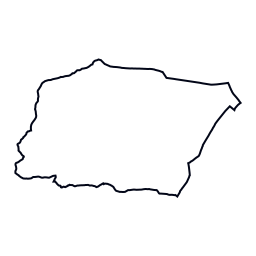 outline of Sura Mica, Sibiu, Romania
{"feature_id": "2599482B27729481581318", "entity_name": "Sura Mica", "entity_type": "district", "adm_level": 2, "iso_a3": "ROU", "parent_name": "Romania", "parent_adm1": "Sibiu", "projection": "albers", "projection_center": [24.025, 45.833], "detail": "fine", "context": "isolated", "style": "outline", "palette": "ink", "viewbox_px": 256, "rotation_deg": 0, "n_neighbors": 0, "source": "geoboundaries", "source_scale": "gbopen_adm2", "svg_char_len": 5622}
<svg xmlns="http://www.w3.org/2000/svg" viewBox="0 0 256 256"><path d="M189.8,175.3L189.6,172.9L188.9,166.9L188.6,165.0L188.4,163.9L188.2,163.2L188.7,163.0L189.3,162.7L190.1,162.3L190.9,161.5L191.4,161.3L192.4,160.7L193.4,160.0L194.3,159.2L196.5,157.5L197.8,156.7L198.9,155.8L199.8,153.8L201.0,150.2L201.7,148.6L202.0,147.8L202.1,147.3L202.4,146.7L202.7,146.2L202.8,145.7L202.8,145.2L205.5,140.6L208.7,135.4L209.2,134.4L210.7,131.8L212.0,129.8L212.3,129.2L212.8,128.3L213.1,127.6L213.8,126.7L214.7,125.0L215.3,123.7L217.6,120.6L225.3,111.0L227.7,108.5L229.8,106.3L234.4,110.1L234.6,109.4L234.9,108.6L235.5,107.7L238.0,104.9L239.6,103.6L240.6,102.9L239.3,101.2L238.5,100.0L236.4,97.4L233.5,94.1L232.8,93.0L232.2,92.1L231.6,90.7L231.3,90.3L231.0,89.5L230.9,89.3L229.8,86.9L229.4,85.7L228.1,82.9L225.6,83.3L216.6,84.4L213.5,84.6L211.2,84.7L202.8,83.4L199.8,82.8L183.7,80.4L176.3,79.3L173.9,78.9L166.5,77.9L162.6,72.0L162.3,72.1L160.2,71.2L158.6,70.7L155.3,69.9L154.4,69.5L152.2,69.1L149.9,68.9L148.2,69.0L139.2,68.6L137.0,68.6L134.6,68.5L133.1,68.5L131.9,68.4L130.6,68.5L125.6,68.2L123.8,68.0L121.9,67.9L120.2,67.5L117.0,67.1L113.6,66.9L112.2,66.7L110.6,66.5L110.2,66.4L109.6,66.2L109.1,65.9L107.0,65.0L105.5,64.3L104.7,64.0L102.5,61.8L101.5,60.8L101.0,60.2L100.7,60.1L98.4,59.5L97.8,59.9L97.0,60.2L96.3,60.4L95.4,60.6L94.7,60.9L94.4,61.1L93.2,62.4L92.9,63.1L92.5,64.3L92.4,64.3L92.2,64.5L91.3,64.7L90.8,65.1L90.1,65.7L88.5,66.9L87.7,67.3L86.6,67.9L86.0,68.0L83.7,68.5L82.0,68.7L81.8,68.8L81.0,69.5L80.5,69.8L79.7,70.2L79.2,70.3L78.3,70.2L77.2,70.3L76.8,70.6L75.7,71.8L74.8,72.5L74.3,73.0L74.2,73.1L73.5,73.3L72.8,73.2L72.5,73.3L72.3,73.4L72.0,73.7L71.7,74.2L71.4,74.3L69.8,75.4L68.9,75.7L68.0,75.9L67.4,75.9L65.7,76.1L64.4,76.4L63.1,76.9L61.5,77.0L61.2,77.0L60.9,76.9L59.5,77.6L57.7,78.2L52.8,79.2L51.5,79.7L50.8,80.0L48.4,80.1L46.1,80.8L44.9,81.2L44.5,81.5L44.0,81.9L42.9,82.6L42.1,83.3L41.3,84.8L40.9,85.8L40.6,86.4L39.8,87.6L39.1,88.8L38.6,89.5L38.2,90.0L37.9,90.4L37.7,91.3L37.7,91.9L38.2,94.2L38.2,95.0L38.4,95.8L38.5,96.4L38.4,96.9L38.1,98.0L38.0,98.5L37.9,99.5L38.0,100.0L37.9,100.9L37.8,101.4L37.6,101.6L37.2,102.1L36.4,103.0L35.7,104.5L35.5,105.4L35.4,107.4L35.3,108.0L35.1,108.7L35.1,109.1L35.1,109.6L35.4,110.0L35.4,110.4L35.5,110.6L35.6,111.0L35.8,112.1L35.8,112.6L36.0,114.4L36.2,115.2L36.2,116.0L36.1,117.0L35.7,118.0L34.7,119.6L33.5,121.2L33.2,121.5L32.5,122.6L32.1,123.1L31.6,124.1L31.3,124.7L30.9,126.7L30.9,128.0L30.9,128.9L31.1,130.5L30.4,130.6L29.4,131.0L28.8,131.4L27.9,131.4L27.7,131.6L27.0,132.3L26.5,132.9L26.4,133.7L26.2,134.2L25.9,134.7L25.3,135.4L24.7,136.0L24.1,136.7L23.4,137.1L23.3,137.3L23.2,137.8L23.0,138.1L21.8,139.2L21.3,139.5L21.0,139.8L20.6,141.2L20.2,142.1L20.0,142.5L19.8,142.7L19.5,142.8L19.0,143.3L17.9,143.8L17.6,144.1L17.5,144.4L17.5,144.8L17.8,145.7L18.3,146.5L18.4,147.0L18.4,147.7L18.5,148.2L18.6,149.3L18.5,150.4L18.7,150.9L19.0,151.1L19.4,151.4L19.6,151.8L20.7,152.8L20.9,153.3L21.2,153.8L22.3,155.3L23.5,156.1L23.8,156.4L23.8,156.7L23.7,157.1L23.2,157.6L22.9,158.3L22.7,159.1L22.3,159.4L20.1,160.7L19.4,161.3L19.2,161.5L18.3,162.0L17.8,162.4L17.3,162.6L16.8,162.7L16.4,162.8L16.0,163.1L15.6,163.7L15.5,164.3L15.5,164.9L16.0,166.5L16.2,167.6L16.3,168.8L16.1,169.7L15.7,170.4L15.4,171.2L15.4,171.7L15.4,173.0L15.6,173.2L16.6,173.9L17.3,174.5L17.8,174.8L18.7,175.3L19.1,175.9L19.5,176.2L21.5,177.6L22.3,177.9L23.1,178.4L23.6,178.5L25.5,178.6L26.6,178.5L27.3,178.7L28.3,178.7L30.8,178.4L31.4,178.2L31.9,177.9L32.4,177.5L33.2,177.0L33.7,177.0L34.9,177.0L35.8,176.9L37.3,176.7L38.0,176.6L38.4,176.6L39.4,176.8L41.5,177.6L42.2,177.7L42.8,177.7L44.0,177.4L44.6,177.3L45.6,177.3L47.3,177.5L48.3,177.7L48.8,177.7L49.2,177.7L53.0,175.9L53.6,175.8L55.5,175.6L55.7,176.4L55.7,177.5L55.5,177.8L55.1,178.3L54.7,179.1L54.1,180.6L53.6,181.6L54.5,181.6L55.3,181.6L55.5,181.9L55.8,182.4L56.4,182.9L56.8,183.5L57.0,183.8L58.1,184.9L58.5,185.3L58.8,185.5L59.1,185.6L60.0,185.6L60.3,185.7L60.6,186.0L60.7,186.4L60.8,186.9L60.9,187.2L61.2,187.4L61.8,187.5L62.0,187.4L62.1,187.2L62.4,187.2L62.6,187.2L62.8,187.0L63.5,186.7L63.9,186.7L64.2,186.8L64.7,187.0L65.1,187.1L65.3,187.1L65.6,186.9L65.9,186.9L66.4,186.5L66.7,186.4L66.9,186.2L67.5,186.1L67.9,185.5L68.1,185.4L68.4,185.3L68.7,185.4L68.9,185.3L69.0,185.1L69.6,184.8L69.8,185.0L72.5,185.1L73.3,185.6L73.6,185.8L74.9,186.3L75.7,186.1L76.9,185.7L77.7,185.5L78.9,185.5L79.4,185.4L81.1,185.3L84.4,185.2L85.6,185.0L86.7,185.0L88.0,184.9L89.0,185.2L89.3,185.4L89.6,185.5L90.4,185.5L91.1,185.4L92.0,185.5L92.5,185.6L92.9,185.7L93.7,186.0L94.2,186.0L95.1,186.3L95.6,186.5L96.3,187.1L96.5,187.1L97.1,186.9L97.8,186.7L98.8,186.0L99.3,185.7L100.2,185.0L101.3,184.5L101.4,184.4L102.0,184.1L102.3,183.8L102.6,183.7L103.1,183.4L103.3,183.8L103.7,184.2L104.1,184.0L104.7,183.6L106.2,183.7L106.5,183.8L107.2,183.8L107.7,183.9L109.0,184.5L109.8,184.7L111.0,185.4L111.6,185.6L112.4,186.3L113.0,186.6L113.3,186.8L114.9,189.4L115.8,190.5L116.0,190.7L117.1,191.1L117.9,191.3L119.7,191.9L120.1,191.9L121.7,191.9L122.9,192.0L124.7,191.9L125.2,191.8L125.5,191.6L128.1,190.1L130.0,190.1L133.3,189.6L134.5,189.6L136.6,189.8L138.8,189.7L141.6,189.6L143.7,189.2L145.7,189.0L148.0,189.2L149.1,189.0L150.0,189.3L150.6,189.4L154.3,190.0L156.7,190.1L157.9,191.5L159.0,193.3L159.3,193.5L159.5,193.6L160.3,193.6L161.0,193.6L166.4,194.0L167.5,194.2L168.2,194.6L169.8,194.9L170.1,194.9L170.5,194.8L172.1,194.8L174.2,195.1L175.4,195.2L175.5,195.1L176.1,195.5L177.3,196.5L179.8,192.3L180.0,191.3L180.3,190.8L181.3,189.6L182.2,188.2L182.6,187.8L186.6,182.4L187.0,181.7L189.0,177.3L189.2,176.7L189.5,175.6L189.7,175.4L189.8,175.3Z" fill="none" stroke="#020617" stroke-width="2"/></svg>